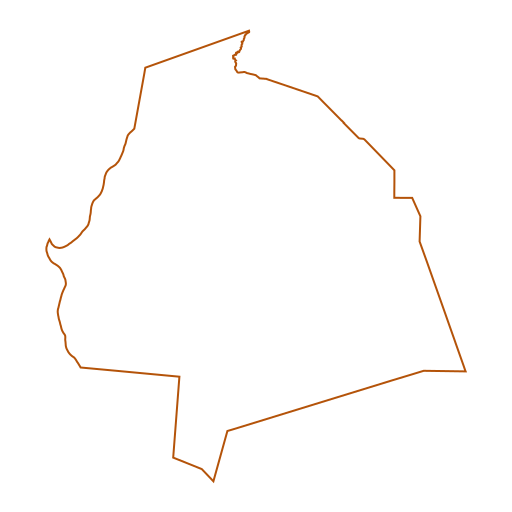 Capital, La Rioja, Argentina
{"feature_id": "61730980B64159378499320", "entity_name": "Capital", "entity_type": "district", "adm_level": 2, "iso_a3": "ARG", "parent_name": "Argentina", "parent_adm1": "La Rioja", "projection": "orthographic", "projection_center": [-66.622, -29.46], "detail": "fine", "context": "isolated", "style": "outline", "palette": "amber", "viewbox_px": 512, "rotation_deg": 0, "n_neighbors": 0, "source": "geoboundaries", "source_scale": "gbopen_adm2", "svg_char_len": 5099}
<svg xmlns="http://www.w3.org/2000/svg" viewBox="0 0 512 512"><path d="M145.3,67.7L144.3,73.6L134.3,128.7L133.1,129.9L132.2,130.8L131.2,131.7L130.2,132.5L129.3,133.5L128.4,134.5L127.7,135.6L127.3,136.9L126.9,138.1L126.5,139.4L126.2,140.7L125.9,142.0L125.6,143.3L125.2,144.5L124.6,145.7L124.2,146.9L123.8,148.2L123.6,149.5L123.3,150.8L122.8,152.1L122.3,153.3L121.8,154.5L121.3,155.7L120.7,156.9L120.2,158.1L119.6,159.3L119.0,160.5L118.3,161.6L117.4,162.6L116.5,163.6L115.7,164.6L114.6,165.4L113.5,166.1L112.4,166.8L110.9,167.6L109.1,169.1L108.2,170.0L107.4,171.0L106.6,172.1L106.0,173.3L105.6,174.5L105.1,175.7L104.7,177.0L104.6,178.3L104.3,179.6L104.1,180.9L104.0,182.2L103.8,183.5L103.6,184.8L103.3,186.1L103.0,187.4L102.7,188.7L102.2,190.0L101.8,191.2L101.2,192.4L100.6,193.6L99.9,194.7L99.0,195.7L98.1,196.7L97.2,197.6L96.2,198.4L95.2,199.3L94.2,200.1L93.4,201.2L92.8,202.4L92.3,203.6L91.9,204.9L91.5,206.1L91.2,207.4L91.1,208.7L90.9,210.0L90.8,211.4L90.7,212.7L90.5,214.0L90.2,215.3L89.9,216.6L89.8,217.9L89.7,219.2L89.5,220.5L89.1,221.8L88.7,223.1L88.4,224.3L87.8,225.5L87.0,226.6L86.1,227.6L85.3,228.6L84.4,229.6L83.4,230.5L82.5,231.4L81.7,232.5L81.0,233.6L80.2,234.7L79.3,235.6L78.4,236.6L77.5,237.5L76.5,238.4L75.4,239.2L74.4,240.0L73.3,240.8L72.3,241.6L71.3,242.5L70.2,243.2L69.1,243.9L68.1,244.8L67.0,245.5L65.8,246.1L64.6,246.7L63.4,247.2L62.2,247.6L60.9,247.8L59.6,248.0L58.3,247.8L57.0,247.5L55.7,247.2L54.5,246.6L53.6,245.7L52.6,244.8L51.7,243.8L51.2,242.6L50.6,241.4L49.5,239.4L48.7,240.9L48.3,242.1L47.6,243.3L47.3,244.5L47.0,245.8L46.5,247.0L46.4,248.4L46.4,249.7L46.5,251.0L46.9,252.3L47.3,253.5L47.6,254.8L48.1,256.1L48.7,257.2L49.4,258.3L50.0,259.5L50.7,260.6L51.6,261.7L52.6,262.5L53.6,263.3L54.8,263.9L55.9,264.6L57.0,265.3L58.1,266.1L59.1,267.0L60.0,267.9L60.7,269.0L61.4,270.2L61.9,271.4L62.5,272.6L63.1,273.8L63.5,275.0L63.8,276.3L64.4,277.5L65.0,278.7L65.4,279.9L65.6,281.3L65.8,282.6L65.9,283.9L65.7,285.2L65.2,286.4L64.6,287.6L64.1,288.8L63.5,290.0L63.0,291.2L62.5,292.4L62.0,293.7L61.6,294.9L61.3,296.2L60.9,297.5L60.6,298.8L60.3,300.1L59.9,301.3L59.6,302.6L59.3,303.9L59.0,305.2L58.7,306.5L58.4,307.8L58.0,309.0L57.8,310.3L57.7,311.6L57.8,313.0L58.0,314.3L58.2,315.6L58.5,316.9L58.7,318.2L59.0,319.5L59.4,320.7L59.8,322.0L60.1,323.3L60.4,324.6L60.8,325.8L61.1,327.1L61.4,328.4L61.8,329.7L62.3,330.9L62.9,332.0L63.6,333.2L64.4,334.2L65.1,335.4L65.3,336.7L65.3,338.0L65.2,339.3L65.3,340.6L65.5,342.0L65.6,343.3L65.7,344.6L65.8,345.9L66.1,347.2L66.5,348.5L67.1,349.7L67.7,350.8L68.3,352.0L69.1,353.1L69.9,354.1L70.8,355.0L71.8,355.9L72.9,356.7L74.0,357.4L74.9,358.4L75.7,359.5L76.4,360.6L77.0,361.7L77.8,362.8L78.5,363.9L79.2,365.1L79.9,366.2L80.6,367.5L115.3,370.7L179.4,376.7L173.2,457.6L201.8,469.1L213.4,481.3L227.4,431.0L232.5,429.5L391.7,380.5L411.6,374.5L423.7,370.8L465.6,371.4L465.2,370.4L463.8,366.3L455.6,343.1L455.4,342.5L455.1,341.6L453.9,338.2L448.7,323.5L446.0,315.8L445.3,313.8L426.8,261.5L419.6,241.5L420.4,216.3L412.2,197.9L410.0,197.9L394.3,197.8L394.3,192.0L394.4,182.4L394.4,172.7L394.4,170.3L368.3,143.4L364.5,139.5L363.9,139.1L363.2,138.8L359.8,138.5L359.1,138.3L358.6,138.0L343.8,123.1L344.0,122.9L341.9,120.7L341.7,120.7L323.0,101.8L317.7,96.4L280.1,83.6L268.2,79.6L267.8,79.4L267.2,79.3L266.7,78.9L266.4,78.9L265.6,78.8L264.9,78.8L264.1,78.7L263.9,78.7L263.3,78.6L262.7,78.6L260.1,78.4L259.8,78.4L259.6,78.4L259.4,78.2L258.6,77.5L258.6,77.4L257.9,76.9L256.6,75.9L256.3,75.6L255.7,75.1L254.7,74.9L254.3,74.8L253.7,74.6L253.1,74.5L252.3,74.3L251.5,74.1L251.1,74.1L249.5,73.7L248.1,73.3L247.4,73.2L247.1,73.1L246.8,73.0L246.5,72.9L246.2,72.7L245.8,72.4L245.3,72.3L244.9,72.1L244.6,72.0L244.4,72.0L243.7,72.0L242.9,72.2L241.9,72.3L241.5,72.3L239.6,72.5L239.0,72.6L238.7,72.6L237.9,72.5L237.5,72.3L237.2,72.0L237.0,71.6L236.4,70.6L236.2,70.3L235.7,69.8L235.5,69.4L235.4,69.3L235.3,69.2L235.2,68.3L235.1,67.3L235.0,66.9L235.7,66.0L236.0,65.7L236.1,64.3L236.1,63.9L236.2,63.7L235.9,62.8L235.5,62.4L235.4,62.2L235.2,61.4L235.3,61.1L235.5,60.8L235.6,60.6L235.9,60.4L235.6,60.1L235.2,59.8L235.2,59.7L234.9,59.0L234.7,58.5L234.4,58.6L234.0,58.7L233.4,58.7L233.1,58.0L233.2,57.1L233.1,56.3L233.1,55.9L233.5,55.9L233.7,55.7L233.8,55.7L233.9,55.4L234.0,55.3L234.1,55.2L234.5,54.9L234.9,54.9L235.1,54.9L235.3,54.9L235.9,54.9L236.1,54.8L236.2,54.7L236.3,54.4L236.2,53.9L235.9,53.4L236.0,53.0L236.3,53.1L237.0,53.0L237.1,52.2L237.3,52.0L237.7,51.7L237.8,51.7L237.9,51.9L238.2,52.2L238.3,52.2L238.4,52.3L238.5,52.3L239.1,52.1L239.2,51.9L239.3,51.8L239.4,51.4L239.3,51.1L239.7,50.6L240.0,50.1L240.2,49.7L240.9,49.0L241.0,48.8L241.0,48.0L240.9,47.9L240.7,47.5L240.8,47.4L241.4,46.9L241.7,46.6L241.7,46.4L241.7,46.1L241.5,45.3L241.5,45.1L241.7,44.7L241.8,44.3L242.3,43.8L242.3,43.3L242.3,43.2L241.6,41.9L241.7,41.7L241.8,41.7L242.9,41.5L242.9,41.4L243.2,40.9L243.7,40.2L243.8,39.9L243.8,39.0L244.5,37.7L244.5,37.4L244.4,36.8L244.8,35.7L245.2,35.5L245.4,35.2L245.4,34.9L245.4,34.6L246.0,34.2L246.5,33.7L247.5,33.1L248.5,32.5L248.7,32.4L249.1,32.2L249.2,31.9L249.1,31.2L249.0,30.7L248.2,31.0L247.9,31.1L145.3,67.7Z" fill="none" stroke="#b45309" stroke-width="2"/></svg>